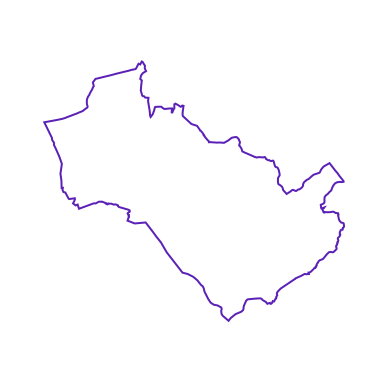 the district of Forotic, Caras-Severin, Romania, rotated 97°
{"feature_id": "2599482B22481808364653", "entity_name": "Forotic", "entity_type": "district", "adm_level": 2, "iso_a3": "ROU", "parent_name": "Romania", "parent_adm1": "Caras-Severin", "projection": "albers", "projection_center": [21.553, 45.227], "detail": "fine", "context": "isolated", "style": "outline", "palette": "violet", "viewbox_px": 384, "rotation_deg": 97, "n_neighbors": 0, "source": "geoboundaries", "source_scale": "gbopen_adm2", "svg_char_len": 5915}
<svg xmlns="http://www.w3.org/2000/svg" viewBox="0 0 384 384"><g transform="rotate(97 192 192)"><path d="M165.2,332.7L172.9,328.1L179.9,324.6L189.9,324.8L196.6,323.0L203.9,321.9L203.6,320.7L204.2,320.7L205.6,320.8L207.7,319.6L207.9,317.7L213.3,313.9L214.0,313.1L212.5,307.6L213.6,307.3L215.5,307.8L217.8,308.7L219.5,305.9L219.3,305.5L218.8,304.9L218.4,304.0L222.4,302.1L215.2,288.1L215.1,286.2L213.1,283.5L212.8,282.2L212.8,280.6L212.5,280.3L213.6,275.9L214.0,276.1L214.5,275.0L214.3,274.9L214.4,274.1L213.6,273.6L213.8,273.1L213.4,270.7L214.1,268.0L213.8,267.4L213.6,266.3L214.3,263.8L215.1,263.7L215.8,262.6L217.4,252.6L217.8,251.7L219.1,251.4L219.5,251.7L219.7,252.4L221.1,253.3L221.8,252.8L222.3,252.6L222.5,251.8L223.4,251.9L223.4,251.7L223.6,251.7L224.4,251.4L225.3,251.9L228.3,252.5L230.2,245.0L227.9,234.3L236.1,226.2L240.6,222.0L245.9,216.6L254.9,209.8L273.2,191.6L273.9,186.3L276.0,180.5L279.0,175.9L283.1,171.8L284.4,169.7L286.2,168.6L289.3,167.5L296.0,163.0L299.5,160.1L301.2,156.7L301.5,152.7L303.1,148.8L304.5,148.3L306.7,148.5L309.6,147.7L311.1,146.4L315.4,140.0L312.5,138.3L307.9,133.9L304.9,128.6L303.0,126.9L301.4,126.6L300.1,126.8L298.2,126.5L293.1,124.9L291.8,123.7L291.1,120.7L290.4,117.6L289.8,114.5L289.2,111.2L289.3,110.7L289.5,110.2L289.7,109.7L290.1,109.3L290.8,108.5L291.7,106.2L292.0,105.4L293.8,103.6L293.2,102.9L293.1,102.3L293.1,101.5L292.6,101.3L292.5,101.1L293.4,100.1L293.2,99.7L292.5,99.1L291.4,98.8L290.5,98.5L290.8,97.7L290.7,97.2L290.2,97.0L289.8,96.9L289.2,96.7L288.6,96.3L288.3,96.3L287.6,96.0L287.5,95.6L287.0,95.4L286.6,95.4L286.1,95.6L285.8,95.6L285.0,95.3L284.4,94.8L283.9,94.9L283.2,95.1L282.7,95.4L281.9,95.4L280.3,94.7L277.0,92.2L266.5,80.1L265.6,78.9L265.2,78.9L262.1,73.7L259.6,70.2L259.7,68.2L259.3,67.4L259.2,66.0L257.8,66.5L257.7,65.7L256.6,64.3L253.6,61.9L252.6,61.3L252.4,60.9L252.4,60.4L251.3,59.8L251.0,60.1L250.6,59.7L250.2,59.6L250.0,59.4L249.7,59.6L249.3,59.4L249.0,59.5L247.0,58.7L246.7,58.3L245.4,58.0L244.2,56.9L243.6,55.7L242.4,53.7L237.3,50.5L235.1,48.7L234.6,47.3L234.7,45.4L234.5,44.4L233.0,43.1L231.8,42.2L231.1,41.6L230.3,41.6L229.6,41.8L228.9,42.3L227.6,42.3L227.5,42.1L227.0,41.7L226.6,41.6L225.9,41.7L225.2,41.3L224.8,41.4L224.7,41.6L224.0,41.6L223.7,41.1L222.5,40.9L221.9,41.0L221.0,41.5L220.6,41.6L219.5,41.4L218.5,40.4L216.7,39.6L215.8,39.8L215.7,40.2L213.7,40.4L212.6,39.9L211.8,39.8L211.3,39.3L211.2,38.8L211.1,38.1L211.0,37.9L209.2,37.9L209.1,37.5L208.8,37.4L208.1,37.0L207.3,36.9L206.4,37.2L205.6,37.3L204.6,37.7L204.2,38.9L204.3,39.2L204.1,40.3L202.5,42.1L201.3,42.8L198.1,43.9L197.2,44.2L196.9,43.9L196.5,43.8L195.8,44.3L195.4,44.3L195.2,44.5L195.3,45.6L195.3,47.1L194.7,48.1L194.3,49.5L195.2,52.6L195.7,56.5L195.6,57.6L196.1,57.9L196.3,58.2L196.3,58.6L196.1,58.9L195.5,59.2L195.3,59.3L193.6,60.4L193.3,60.4L192.1,59.3L191.2,58.8L192.1,60.6L192.5,61.6L191.6,62.0L189.7,62.5L189.0,62.6L187.5,60.1L186.3,59.3L184.7,59.4L182.8,59.7L180.8,59.7L179.2,58.9L177.4,57.0L175.3,55.6L173.5,54.0L170.8,53.4L168.3,52.5L166.0,51.1L164.7,49.2L164.0,46.9L163.9,44.4L163.2,42.0L163.2,42.4L158.1,47.6L155.8,49.7L155.7,49.7L153.4,52.3L146.6,59.0L150.4,64.1L151.0,64.7L153.5,66.3L154.1,66.6L157.1,67.6L157.6,68.3L159.7,72.8L160.4,73.8L162.2,75.5L164.8,77.7L165.1,78.1L166.1,79.8L166.6,80.1L167.1,80.5L168.2,81.7L169.5,82.3L170.4,82.6L171.1,82.7L172.0,82.5L173.1,82.9L174.2,83.5L175.8,85.1L176.2,85.6L176.4,86.5L176.7,86.9L177.5,87.9L178.1,88.5L178.3,88.9L178.3,89.3L178.2,89.9L177.6,91.7L177.6,92.0L177.7,92.5L177.8,92.7L179.8,94.7L181.8,97.1L182.4,97.8L178.9,101.8L177.0,102.5L176.2,103.0L175.8,103.3L175.3,104.0L174.7,105.0L174.4,105.5L174.2,105.8L173.8,107.0L173.6,107.2L173.3,107.4L172.6,107.6L171.0,108.0L170.3,108.1L169.2,108.1L168.1,108.3L167.6,108.3L167.3,108.2L164.9,107.1L164.1,107.1L162.4,107.6L159.8,108.5L159.3,108.8L157.6,109.9L157.3,110.2L157.1,110.9L157.1,111.6L156.9,112.1L156.5,112.5L155.5,113.1L154.1,113.7L152.2,114.4L151.2,115.0L151.0,115.3L151.0,115.6L151.6,117.0L151.7,117.5L151.0,119.2L151.0,119.4L151.2,120.1L151.1,120.6L150.9,121.1L150.5,121.6L150.3,122.4L150.0,122.5L148.6,123.7L148.4,124.2L148.5,124.5L148.8,125.1L149.0,125.5L149.2,129.5L149.4,130.4L149.9,132.1L149.7,132.9L149.6,133.1L149.7,133.9L149.7,134.0L149.3,134.7L146.6,143.9L145.6,147.0L143.0,148.1L140.5,150.2L140.4,150.6L139.9,150.9L137.3,150.5L136.5,150.5L135.3,151.4L134.1,151.9L133.7,152.2L132.1,154.3L132.2,155.8L133.3,159.1L136.6,162.5L139.3,166.2L139.3,166.4L139.5,170.7L139.9,172.8L140.3,179.9L140.5,181.2L140.0,181.2L139.9,181.1L138.7,182.7L136.4,185.2L134.2,187.3L134.0,187.0L133.3,187.6L132.0,188.8L130.0,191.0L130.0,191.4L128.6,192.4L125.7,195.1L124.6,200.8L117.7,210.4L116.2,210.8L113.6,211.0L107.5,210.9L107.4,212.2L108.6,213.1L108.8,213.9L108.1,214.9L106.3,219.2L107.1,220.2L111.3,219.7L112.2,220.3L113.6,220.8L115.2,221.1L115.6,221.5L115.3,221.9L111.5,222.0L111.9,224.8L112.9,229.1L112.7,230.4L111.1,233.0L111.8,238.0L112.1,238.3L112.2,238.9L112.7,238.9L112.9,239.2L114.1,239.4L115.6,239.5L119.4,240.4L120.4,240.9L122.6,242.2L121.6,242.8L116.6,243.9L107.1,246.7L103.8,246.7L104.0,249.9L102.8,251.3L102.8,252.5L102.3,253.2L97.5,255.2L92.1,255.4L87.4,255.4L86.2,257.1L82.6,256.8L80.0,255.3L77.6,252.3L75.5,253.7L74.1,254.1L72.6,254.0L72.1,254.3L70.9,255.4L69.9,256.1L68.9,256.9L68.6,257.8L71.7,258.9L71.2,260.7L76.3,262.6L76.7,262.9L76.9,263.2L77.3,264.2L78.1,266.8L79.5,270.0L81.0,274.1L84.0,282.0L85.9,286.6L91.2,300.7L91.4,301.4L91.5,301.5L91.9,301.8L95.3,303.7L95.5,303.7L97.4,302.9L99.0,302.4L100.3,303.1L101.7,303.4L102.8,303.8L104.8,304.7L107.3,305.6L108.0,305.7L110.0,306.8L111.9,307.3L113.2,307.6L114.1,307.5L116.6,307.2L117.7,307.0L118.8,306.4L120.3,306.0L121.0,306.3L123.0,308.5L124.2,309.6L125.0,310.4L126.8,313.7L127.5,314.9L128.0,315.6L129.6,318.8L131.3,321.9L132.2,323.7L134.0,327.0L135.3,329.9L137.1,335.3L140.8,347.1L155.4,337.6L157.3,337.2L160.1,334.9L162.2,334.7L165.2,332.7Z" fill="none" stroke="#5b21b6" stroke-width="2"/></g></svg>